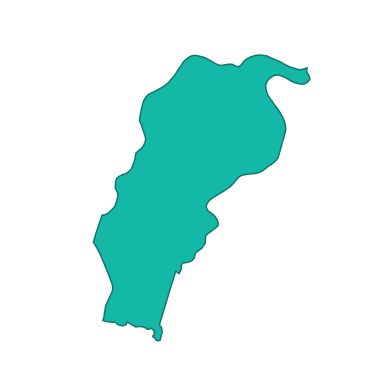 the district of Anamã, Amazonas, Brazil, rotated 107°
{"feature_id": "56859067B85259643543975", "entity_name": "Anamã", "entity_type": "district", "adm_level": 2, "iso_a3": "BRA", "parent_name": "Brazil", "parent_adm1": "Amazonas", "projection": "albers", "projection_center": [-61.675, -3.474], "detail": "fine", "context": "isolated", "style": "filled", "palette": "teal", "viewbox_px": 384, "rotation_deg": 107, "n_neighbors": 0, "source": "geoboundaries", "source_scale": "gbopen_adm2", "svg_char_len": 3252}
<svg xmlns="http://www.w3.org/2000/svg" viewBox="0 0 384 384"><g transform="rotate(107 192 192)"><path d="M335.9,202.5L335.6,201.4L335.3,200.1L335.3,198.6L335.5,197.2L335.6,196.0L336.4,194.8L336.1,193.3L334.8,192.1L334.2,190.5L334.8,189.2L335.8,188.0L336.6,187.3L337.8,186.8L339.0,186.5L340.1,186.8L341.3,187.4L342.1,186.5L342.6,184.4L344.1,183.3L344.3,182.2L344.1,180.7L343.1,179.2L341.2,179.3L339.9,179.4L338.2,179.5L337.1,179.5L335.9,179.6L334.8,179.5L333.4,180.3L331.3,180.9L329.7,182.3L329.4,183.8L328.0,184.2L326.7,184.4L286.1,184.5L272.6,184.4L273.7,180.4L268.1,179.8L265.5,180.9L262.7,180.3L261.2,176.8L259.3,173.8L257.2,171.8L254.9,170.6L251.6,170.8L248.5,170.4L246.2,168.7L243.6,166.6L240.1,165.3L236.9,164.3L233.6,165.2L230.1,166.2L227.6,164.9L225.3,163.1L222.1,161.0L219.4,158.9L216.7,157.3L213.8,158.0L211.5,159.7L209.1,162.0L207.5,164.9L206.4,168.1L204.9,171.8L202.0,174.2L199.0,174.3L195.6,173.2L192.3,171.3L187.0,166.5L184.7,164.5L182.0,162.0L179.7,160.2L176.3,157.4L172.3,155.2L168.8,153.8L165.4,152.3L162.4,150.4L160.7,148.0L159.1,144.7L157.7,141.6L155.3,135.8L153.5,133.3L150.8,130.5L148.1,128.6L145.3,126.8L142.6,124.4L139.8,122.4L137.0,120.8L134.0,119.8L130.5,119.8L126.8,119.8L122.4,120.0L118.0,120.2L114.6,120.1L111.6,120.2L107.7,120.3L103.7,121.0L100.8,122.2L96.9,124.6L95.4,125.9L93.7,127.4L90.6,130.7L88.6,133.0L86.3,136.0L84.1,139.1L82.0,141.8L79.8,144.7L77.7,147.4L74.8,149.6L71.2,151.8L68.1,152.8L64.8,152.7L61.4,151.4L58.6,149.5L56.3,147.3L55.0,144.2L54.8,141.0L55.1,137.0L55.9,133.5L56.9,129.7L57.4,125.8L57.3,122.6L56.9,119.1L55.9,116.1L52.9,113.4L49.7,112.2L46.1,114.5L43.7,117.4L39.7,118.2L43.1,123.3L43.9,127.0L43.8,130.4L43.9,134.1L43.5,137.5L42.7,141.7L41.9,144.7L41.4,148.7L41.1,152.4L40.0,160.8L40.7,164.5L41.3,167.6L42.7,171.0L44.7,174.0L46.6,176.5L49.1,178.8L52.1,180.8L55.8,181.9L58.5,183.8L58.9,187.3L58.1,190.8L58.9,193.9L62.3,200.7L62.9,203.6L62.3,207.6L60.4,215.3L59.8,218.8L59.8,222.1L60.0,225.3L60.4,229.1L62.1,232.4L64.6,234.8L68.3,237.4L71.4,238.6L75.1,239.6L78.1,240.6L81.0,241.5L84.0,242.3L86.1,243.0L87.4,243.4L90.4,244.9L94.3,246.5L97.2,248.3L99.7,250.3L101.9,252.4L106.8,257.1L109.7,260.5L111.9,262.4L114.7,263.8L118.3,264.7L121.3,265.0L133.3,264.1L139.4,262.9L143.0,259.6L146.2,257.6L151.5,253.6L154.6,251.9L158.3,251.4L160.3,251.7L162.2,251.9L164.9,253.1L167.8,254.9L170.9,256.9L174.0,256.7L177.5,256.2L184.8,256.4L188.5,257.0L189.4,257.6L191.7,258.9L194.0,260.8L195.7,263.5L198.3,266.2L199.8,267.3L200.8,267.8L203.7,268.2L206.6,267.5L210.4,266.6L213.1,264.2L215.3,262.3L218.6,261.6L225.5,261.4L228.6,261.7L232.0,263.3L237.4,266.4L239.2,268.6L240.4,271.2L245.8,271.4L254.8,271.6L261.0,271.8L269.0,271.6L269.6,270.7L273.1,266.8L274.0,265.8L279.6,260.5L287.0,254.4L293.0,249.5L294.9,247.9L298.0,245.6L303.9,241.1L307.9,239.3L309.6,239.3L311.5,239.3L323.2,240.9L326.4,241.3L329.4,240.8L334.2,240.2L337.0,239.6L339.2,239.7L340.9,239.7L340.9,237.6L340.7,234.3L340.3,232.9L340.0,231.5L340.0,230.3L339.5,228.9L338.9,227.4L339.3,226.4L340.3,225.0L340.4,223.2L340.5,221.8L340.4,220.2L340.1,219.0L339.2,217.6L337.9,216.2L335.9,216.3L335.4,214.7L336.0,213.1L336.3,211.9L336.7,210.3L336.8,208.8L337.3,207.5L337.5,206.2L336.3,203.9L335.9,202.5Z" fill="#14b8a6" stroke="#0f766e" stroke-width="1.5"/></g></svg>